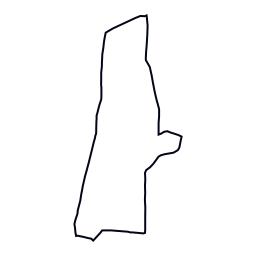 the district of Al-Midaina, Al-Basrah, Iraq
{"feature_id": "34846034B84303625922159", "entity_name": "Al-Midaina", "entity_type": "district", "adm_level": 2, "iso_a3": "IRQ", "parent_name": "Iraq", "parent_adm1": "Al-Basrah", "projection": "mercator", "projection_center": [47.228, 30.976], "detail": "fine", "context": "isolated", "style": "outline", "palette": "ink", "viewbox_px": 256, "rotation_deg": 0, "n_neighbors": 0, "source": "geoboundaries", "source_scale": "gbopen_adm2", "svg_char_len": 1603}
<svg xmlns="http://www.w3.org/2000/svg" viewBox="0 0 256 256"><path d="M76.1,236.0L77.5,235.7L80.5,236.3L83.5,236.9L87.0,237.8L90.7,238.6L91.4,238.7L92.5,240.0L93.2,240.6L95.2,238.4L97.3,236.1L100.1,233.1L102.2,230.4L111.0,230.4L127.7,231.7L130.4,232.4L132.5,232.4L138.0,232.9L143.4,233.4L145.0,232.9L145.2,229.4L145.2,223.2L145.2,215.5L145.3,209.3L145.3,207.4L144.9,199.7L145.2,192.9L145.0,185.5L145.3,179.2L145.0,172.8L146.2,170.1L150.1,167.2L153.4,163.7L158.5,156.7L161.0,155.2L165.2,154.1L170.0,153.3L173.7,152.6L177.9,150.1L179.4,147.4L180.1,143.7L180.4,142.1L181.6,136.6L178.3,135.0L175.2,134.0L174.1,133.6L170.7,132.6L167.3,131.2L163.8,131.9L161.6,133.4L158.6,134.6L158.6,134.2L158.6,128.4L158.6,123.1L159.1,116.2L159.1,109.4L158.5,106.8L156.5,99.6L154.7,91.8L152.9,82.5L151.7,75.7L149.8,67.0L145.9,60.2L145.8,58.1L146.1,51.8L146.7,44.9L147.3,34.9L147.6,25.5L146.7,15.9L146.6,15.4L144.7,16.2L140.3,16.0L135.3,18.0L118.1,26.0L116.7,26.7L113.0,28.4L107.7,31.5L105.7,32.7L104.8,37.0L104.0,41.7L103.3,48.1L102.3,54.4L102.1,59.5L101.9,62.3L101.9,66.0L101.2,72.8L101.2,74.3L101.2,75.3L101.2,76.4L101.2,79.3L101.1,85.2L101.4,87.0L101.4,88.6L101.4,91.0L101.4,94.2L101.4,96.8L101.2,99.6L99.6,104.3L98.5,108.4L97.7,111.7L97.2,113.6L96.6,115.5L96.6,116.6L96.6,118.8L96.4,121.8L96.2,130.0L96.2,132.0L96.0,134.0L95.3,135.8L95.0,137.9L93.8,142.1L91.8,150.3L88.6,163.2L87.4,167.6L86.5,171.1L85.1,176.0L82.7,186.5L82.2,189.5L82.0,190.5L81.2,194.6L80.3,200.6L77.7,210.6L77.6,213.0L77.0,215.2L75.5,219.6L74.7,222.8L74.4,224.1L75.0,227.6L75.4,232.2L76.1,236.0Z" fill="none" stroke="#020617" stroke-width="2"/></svg>